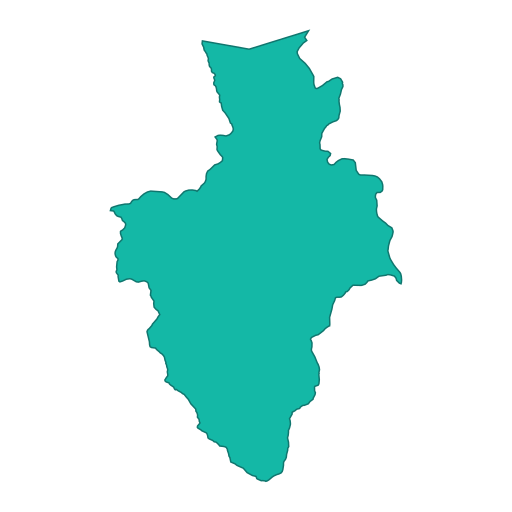 the district of Ngangla, Shemgang, Bhutan, rotated 180°
{"feature_id": "84629894B76990430770482", "entity_name": "Ngangla", "entity_type": "district", "adm_level": 2, "iso_a3": "BTN", "parent_name": "Bhutan", "parent_adm1": "Shemgang", "projection": "robinson", "projection_center": [90.989, 26.895], "detail": "fine", "context": "isolated", "style": "filled", "palette": "teal", "viewbox_px": 512, "rotation_deg": 180, "n_neighbors": 0, "source": "geoboundaries", "source_scale": "gbopen_adm2", "svg_char_len": 6095}
<svg xmlns="http://www.w3.org/2000/svg" viewBox="0 0 512 512"><g transform="rotate(180 256 256)"><path d="M246.2,30.7L244.8,31.1L243.0,32.2L239.6,35.1L237.9,36.2L235.0,37.5L233.2,38.0L230.9,39.1L229.8,40.5L229.2,42.3L228.5,46.8L228.5,48.9L228.2,50.4L226.5,52.7L225.7,54.7L225.4,57.7L224.3,61.8L224.3,63.6L223.3,65.4L223.5,69.8L224.5,74.1L223.8,76.8L223.5,80.0L223.6,81.4L222.5,84.0L221.6,87.6L221.6,88.9L221.9,91.4L222.5,93.3L219.9,97.9L219.9,99.7L217.0,101.3L215.8,102.4L214.5,103.1L213.0,103.3L212.3,103.7L211.5,105.0L209.2,106.6L207.6,106.7L203.7,108.2L202.0,110.5L199.0,112.7L198.8,113.8L197.0,117.3L196.6,119.3L197.4,121.1L197.5,125.0L197.1,125.7L193.9,126.8L193.1,128.2L192.7,132.3L193.2,137.7L192.9,138.4L193.1,139.5L192.5,142.3L192.9,144.9L193.9,147.7L194.7,149.0L197.2,155.2L200.5,161.1L200.6,162.9L200.1,165.1L200.0,169.1L200.9,171.7L201.4,172.2L201.5,172.9L200.9,174.0L200.1,174.8L196.3,176.7L193.8,177.3L188.5,181.4L187.0,183.2L185.2,184.6L183.0,186.0L182.4,186.1L182.2,187.7L182.4,194.7L180.1,202.9L179.3,207.3L177.4,211.3L176.5,214.3L175.0,214.8L172.3,214.8L170.6,215.1L168.6,216.8L166.9,218.8L166.4,220.0L164.8,220.5L163.1,222.1L161.9,224.1L159.0,226.8L150.8,226.6L149.9,226.8L146.9,227.8L145.2,229.5L144.0,231.1L140.4,231.9L136.6,233.2L133.0,235.8L125.9,236.8L124.9,237.3L123.6,237.4L121.4,237.1L117.6,235.9L116.1,234.0L115.7,233.0L115.4,231.6L112.7,228.9L111.0,228.2L110.6,229.6L110.4,232.0L110.7,235.7L111.3,238.2L112.0,239.5L116.0,244.2L118.4,247.4L121.4,252.4L122.2,254.1L124.2,261.2L123.9,262.6L123.5,266.2L122.1,271.5L120.0,275.4L119.4,277.7L118.9,280.1L119.1,281.4L120.2,284.2L124.1,286.5L126.4,288.9L129.7,291.3L133.8,294.9L134.4,295.8L135.2,298.6L135.5,300.8L135.6,303.0L134.9,306.1L135.3,311.8L136.6,314.4L136.6,316.0L136.3,317.8L135.0,319.5L131.7,319.6L129.8,321.1L129.3,322.3L129.2,325.9L129.4,327.5L130.2,330.2L132.5,333.2L134.6,335.0L137.0,336.0L139.5,336.5L147.9,337.0L151.6,337.0L153.2,337.7L155.8,341.6L156.7,349.3L158.8,352.0L163.8,352.9L167.5,353.3L170.0,353.2L173.7,351.4L175.9,349.7L177.9,347.5L180.7,347.0L182.8,347.8L184.4,349.8L185.0,352.6L183.6,354.8L181.9,356.4L181.4,358.5L184.1,360.7L186.8,360.8L190.9,361.9L191.9,363.2L192.0,367.3L192.4,369.1L192.0,371.1L190.3,375.3L190.2,378.6L187.5,383.5L186.1,385.1L185.4,386.3L183.9,387.2L183.3,388.0L179.2,390.1L175.5,391.4L174.1,392.6L173.2,394.1L173.0,396.5L171.8,400.9L172.0,404.6L172.6,407.4L173.0,410.6L172.9,412.4L173.2,413.6L171.6,417.8L170.5,422.5L169.1,425.4L169.1,427.2L169.7,428.5L169.4,429.8L171.4,433.2L174.3,434.7L179.9,433.0L183.6,430.5L184.9,430.3L189.6,426.4L193.8,424.0L194.9,423.5L195.9,423.5L196.8,424.0L198.1,427.7L198.3,429.8L198.2,435.5L198.8,436.7L202.7,443.6L206.8,448.6L212.3,453.5L214.6,458.2L214.9,460.3L212.9,464.1L208.7,469.0L205.2,471.5L207.4,474.8L203.4,481.3L262.9,462.8L309.6,471.1L309.9,468.7L309.9,468.0L308.2,464.5L308.1,463.2L307.6,461.5L306.8,460.7L305.9,459.0L305.2,458.2L304.8,456.4L303.9,454.5L303.6,453.4L303.9,451.5L303.6,450.3L302.9,449.1L302.8,446.9L302.4,445.5L301.0,444.0L300.6,443.2L300.5,440.8L300.0,439.9L299.6,439.4L297.8,438.7L296.7,437.2L296.7,436.3L298.2,434.9L298.1,434.0L297.2,431.7L298.2,429.3L298.2,428.0L298.0,427.2L296.7,426.3L296.0,425.1L295.5,423.1L295.3,421.2L294.9,420.1L292.4,417.1L292.3,416.4L292.6,415.0L292.3,412.5L292.5,410.2L291.8,409.5L290.8,409.0L290.4,405.8L289.3,401.8L287.0,399.3L283.1,393.5L281.6,389.0L280.3,388.1L279.9,386.7L279.1,384.8L278.7,383.0L279.1,381.0L280.9,378.7L282.5,377.3L286.0,376.0L289.0,376.6L291.8,376.8L293.9,376.6L296.9,375.0L294.9,372.3L294.8,371.1L295.4,367.7L294.8,365.4L295.0,362.5L294.6,361.5L293.4,359.7L291.6,357.2L289.8,355.4L289.3,354.4L289.6,351.3L291.7,349.5L294.0,348.1L297.3,347.1L302.0,342.5L304.3,340.9L305.5,338.3L305.9,335.6L305.9,332.7L306.7,330.4L307.6,328.9L310.9,326.0L311.2,325.1L312.7,322.9L315.0,320.7L316.0,321.4L319.7,322.0L323.2,321.9L326.4,321.0L328.0,320.2L334.5,313.5L335.7,313.1L338.3,313.1L340.2,313.8L344.2,317.5L347.6,319.6L349.9,320.1L361.3,320.9L364.6,320.0L368.0,318.1L371.2,315.4L373.2,313.1L374.1,312.5L377.3,312.4L378.8,312.0L380.2,310.7L381.5,308.6L383.3,308.0L387.1,307.9L393.3,306.7L397.9,305.3L400.1,304.5L400.9,303.8L401.6,301.4L398.5,301.0L398.0,300.6L396.8,298.1L395.3,296.3L393.9,295.6L391.0,294.8L390.2,293.4L389.5,291.4L388.4,290.7L386.9,289.2L386.3,287.9L386.5,286.5L387.3,284.1L389.5,281.9L390.9,281.2L391.5,280.5L391.5,278.6L390.8,276.2L389.8,273.9L389.9,272.5L394.2,268.1L394.4,265.4L394.9,264.0L396.2,261.7L396.7,260.4L396.9,259.1L396.9,258.1L396.4,256.1L395.6,254.7L394.1,253.5L394.0,252.0L394.9,250.3L395.4,245.1L395.1,242.6L395.3,241.4L395.8,240.8L395.7,239.4L393.8,236.8L393.9,235.3L393.1,230.8L392.1,230.1L389.4,231.0L385.6,232.8L382.1,233.3L380.2,232.8L375.7,230.2L373.6,229.9L370.4,230.8L367.8,231.2L365.4,230.3L364.3,229.4L363.8,228.8L362.9,224.2L361.0,221.6L361.6,216.8L360.9,215.7L360.7,214.8L358.0,210.9L358.3,208.6L357.9,204.9L356.2,202.9L354.9,201.8L354.1,201.4L352.2,197.4L353.8,195.4L355.0,193.1L359.6,187.8L360.1,186.5L362.8,183.4L363.8,182.6L364.5,181.7L365.0,180.3L362.6,170.3L362.4,167.2L361.9,165.3L360.6,164.5L356.4,163.9L355.6,162.7L354.6,161.8L352.8,160.3L351.6,159.0L350.3,158.3L348.5,156.4L347.6,154.9L346.9,151.6L346.1,149.7L346.2,148.7L345.4,146.8L345.2,145.2L344.4,143.1L344.3,142.0L344.7,140.2L344.2,137.2L344.4,135.9L345.4,134.8L347.1,132.1L347.0,131.3L346.5,130.5L345.1,129.8L343.1,129.2L342.5,128.0L341.3,126.9L338.3,124.9L337.6,123.2L336.7,122.2L335.8,122.6L333.8,121.2L330.8,119.6L329.5,118.4L327.8,117.6L325.6,114.8L323.7,112.7L321.1,108.1L316.3,103.0L316.0,100.6L315.2,99.6L314.5,97.5L314.4,96.2L314.6,94.9L312.9,92.6L312.7,90.6L312.1,89.3L312.2,88.7L314.4,86.1L314.7,84.8L314.1,83.9L311.2,82.2L310.3,81.3L305.6,79.1L305.1,78.4L304.4,76.5L304.0,74.1L302.8,73.1L299.2,71.5L297.8,70.2L296.3,70.0L295.7,69.7L293.3,67.4L292.3,66.0L288.8,65.6L286.6,65.1L285.7,64.5L284.7,62.9L284.5,61.5L283.4,58.3L283.0,55.9L282.1,54.4L281.2,50.0L277.0,48.2L275.0,46.6L268.7,43.8L264.9,39.4L259.6,36.5L256.0,35.6L255.2,33.4L254.4,32.9L250.8,31.3L249.2,31.4L247.0,31.1L246.2,30.7Z" fill="#14b8a6" stroke="#0f766e" stroke-width="1.5"/></g></svg>